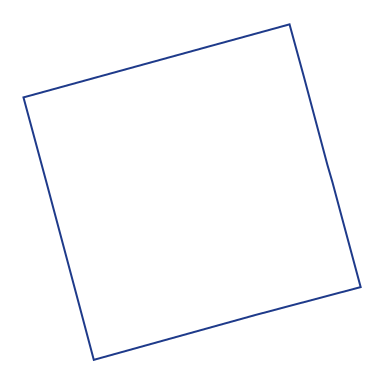 the district of Kingfisher, Oklahoma, United States of America, rotated 255°
{"feature_id": "52423323B31059219556593", "entity_name": "Kingfisher", "entity_type": "district", "adm_level": 2, "iso_a3": "USA", "parent_name": "United States of America", "parent_adm1": "Oklahoma", "projection": "albers", "projection_center": [-97.987, 35.945], "detail": "fine", "context": "isolated", "style": "outline", "palette": "blue", "viewbox_px": 384, "rotation_deg": 255, "n_neighbors": 0, "source": "geoboundaries", "source_scale": "gbopen_adm2", "svg_char_len": 325}
<svg xmlns="http://www.w3.org/2000/svg" viewBox="0 0 384 384"><g transform="rotate(255 192 192)"><path d="M56.5,330.3L128.6,330.2L164.9,330.2L183.2,329.8L274.3,329.9L328.7,329.6L328.2,244.7L327.0,53.7L236.5,53.9L109.5,53.8L55.3,53.7L56.8,221.2L56.7,257.4L56.5,330.3Z" fill="none" stroke="#1e3a8a" stroke-width="2"/></g></svg>